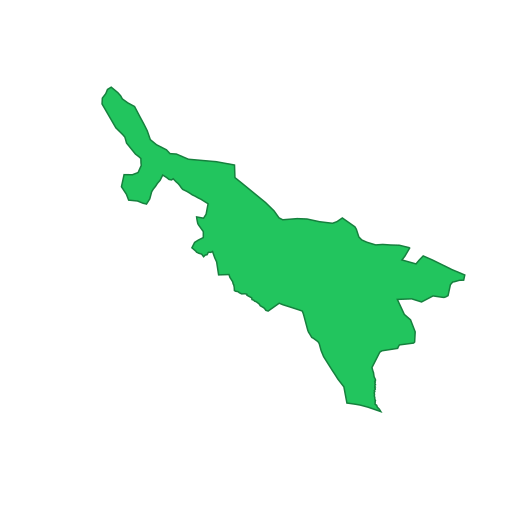 outline of Rimi, Katsina, Nigeria, rotated 292°
{"feature_id": "59680162B87154562016330", "entity_name": "Rimi", "entity_type": "district", "adm_level": 2, "iso_a3": "NGA", "parent_name": "Nigeria", "parent_adm1": "Katsina", "projection": "equal_earth", "projection_center": [7.703, 12.89], "detail": "fine", "context": "isolated", "style": "filled", "palette": "green", "viewbox_px": 512, "rotation_deg": 292, "n_neighbors": 0, "source": "geoboundaries", "source_scale": "gbopen_adm2", "svg_char_len": 3263}
<svg xmlns="http://www.w3.org/2000/svg" viewBox="0 0 512 512"><g transform="rotate(292 256 256)"><path d="M158.5,430.0L160.2,427.7L161.3,425.1L162.8,423.8L163.0,423.1L162.9,422.5L163.3,421.9L164.4,421.5L165.6,421.1L166.0,420.8L166.8,420.9L167.6,419.9L168.2,419.6L169.2,419.2L170.6,418.1L171.5,417.9L172.4,417.6L173.2,416.9L174.0,416.7L174.7,417.0L175.5,416.1L176.2,416.3L177.2,416.5L177.8,416.1L178.3,415.4L178.8,415.3L179.2,415.7L180.0,414.8L181.0,414.7L181.4,415.0L181.9,414.5L182.2,414.0L183.0,413.9L183.4,413.9L183.9,413.2L184.6,413.5L184.9,413.2L185.3,413.4L186.2,413.0L188.2,410.8L189.5,410.0L190.7,409.3L191.8,408.7L193.0,407.6L196.0,405.3L213.2,406.8L215.3,408.3L223.4,421.9L225.6,422.0L227.3,422.3L234.3,434.7L235.7,435.3L245.3,432.0L254.7,423.2L257.4,415.4L268.7,403.3L274.6,416.4L275.4,426.7L285.3,435.1L287.7,444.9L288.0,445.8L289.1,447.2L291.2,448.9L302.2,447.0L305.5,448.1L306.7,449.9L309.6,453.6L311.4,457.6L316.6,456.7L316.8,442.8L318.4,421.2L318.7,411.0L313.5,408.9L308.6,407.3L307.0,392.8L311.6,394.1L320.9,395.5L321.1,394.9L319.7,385.0L316.6,376.6L314.2,369.2L311.1,362.8L310.3,353.6L310.5,348.1L312.2,344.2L318.4,339.0L320.1,336.8L323.6,321.8L318.2,318.2L315.0,314.7L311.6,302.1L309.4,289.4L308.0,285.5L306.1,280.2L302.2,272.4L299.6,267.2L300.0,263.0L304.6,255.8L309.1,244.9L318.2,215.7L320.8,207.1L332.3,202.0L328.5,183.6L327.1,179.1L320.4,157.1L320.7,144.0L318.7,137.9L320.9,133.2L321.3,128.8L321.9,122.0L324.3,114.4L331.3,108.3L333.8,105.5L336.5,102.4L341.8,96.0L349.1,87.4L350.0,79.5L351.6,73.2L353.8,70.5L355.7,66.7L357.1,62.3L358.3,58.5L354.8,55.9L350.3,55.9L344.8,54.4L339.3,56.3L322.3,78.1L318.6,87.0L317.1,89.9L312.2,93.7L305.3,106.1L304.2,110.2L303.3,112.7L300.8,113.8L299.2,114.5L297.0,115.7L289.2,115.4L285.0,110.9L282.0,103.2L269.8,105.3L264.7,112.7L260.1,117.0L262.6,125.5L262.6,131.6L263.0,133.9L263.1,135.0L269.1,136.1L276.5,135.2L279.6,135.7L282.8,136.7L286.4,137.4L290.2,138.7L296.1,139.2L295.3,143.7L294.4,146.7L294.9,149.2L296.6,150.3L294.9,154.0L294.0,156.6L292.8,158.9L292.3,159.6L291.2,161.3L290.3,163.1L290.0,167.7L289.5,170.9L288.8,174.1L288.7,176.7L288.2,180.6L288.0,183.6L286.5,192.0L276.0,194.1L271.4,193.2L270.0,186.3L268.7,187.0L266.6,188.3L265.4,189.1L264.5,189.7L263.7,190.5L263.0,191.5L262.2,192.8L261.1,194.5L258.9,198.0L254.2,199.9L253.3,200.2L249.1,196.5L245.6,194.0L239.6,193.5L237.9,198.5L237.3,199.4L237.2,201.0L237.1,201.8L237.3,204.1L237.4,204.9L235.7,207.7L237.9,208.6L238.8,210.1L240.0,210.3L241.1,210.3L241.8,210.7L242.4,212.7L243.9,214.0L238.9,218.4L235.8,221.7L224.5,228.4L228.7,237.9L226.4,239.8L223.4,244.0L221.5,245.3L221.0,246.1L218.7,247.6L215.9,248.9L215.7,250.2L216.2,252.8L215.7,254.3L215.5,256.9L216.9,260.0L217.1,262.0L216.2,262.3L215.6,267.7L214.1,268.6L214.2,270.4L213.6,271.6L213.7,273.1L213.4,274.4L212.7,276.9L211.4,278.7L211.4,279.3L210.9,282.6L210.1,284.3L209.3,285.5L209.5,287.9L220.9,295.2L220.9,299.4L221.5,307.0L222.1,315.6L222.3,319.5L220.3,321.4L218.0,323.2L206.7,331.7L204.9,333.4L204.2,334.5L201.4,338.2L201.2,340.0L200.9,341.3L200.5,342.8L199.8,345.5L198.5,347.4L192.7,351.8L188.0,356.4L178.7,369.3L175.8,373.5L172.5,378.1L167.6,386.5L153.7,395.4L154.1,396.8L155.8,403.7L156.8,408.4L157.8,416.6L158.5,430.0Z" fill="#22c55e" stroke="#15803d" stroke-width="1.5"/></g></svg>